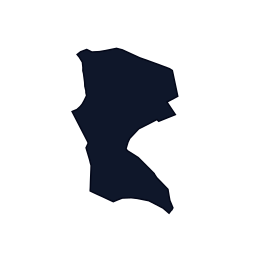 outline of Ekiti South-West, Ekiti, Nigeria, rotated 130°
{"feature_id": "59680162B46774046834533", "entity_name": "Ekiti South-West", "entity_type": "district", "adm_level": 2, "iso_a3": "NGA", "parent_name": "Nigeria", "parent_adm1": "Ekiti", "projection": "equal_earth", "projection_center": [5.068, 7.525], "detail": "fine", "context": "isolated", "style": "filled", "palette": "ink", "viewbox_px": 256, "rotation_deg": 130, "n_neighbors": 0, "source": "geoboundaries", "source_scale": "gbopen_adm2", "svg_char_len": 1202}
<svg xmlns="http://www.w3.org/2000/svg" viewBox="0 0 256 256"><g transform="rotate(130 128 128)"><path d="M151.3,181.4L164.5,149.8L165.3,148.7L170.1,147.4L177.1,136.8L178.6,134.8L180.4,132.2L180.7,131.9L181.1,131.6L183.9,129.4L190.9,124.0L194.6,121.1L197.0,119.2L197.9,118.5L198.7,117.9L199.8,117.1L200.5,116.5L199.6,113.0L198.4,108.5L197.0,103.6L196.1,100.2L195.0,96.0L193.9,91.9L192.7,91.3L189.6,89.7L187.8,88.7L185.4,87.4L183.1,84.9L179.3,80.7L176.0,75.7L170.3,65.3L166.8,49.6L166.9,41.8L163.4,42.0L162.6,41.8L160.3,42.3L156.6,49.4L154.2,52.3L149.3,58.0L147.6,74.2L146.4,78.1L146.1,78.6L144.1,101.1L145.8,113.9L145.2,116.2L139.0,118.9L134.9,120.0L121.8,119.3L110.1,114.3L102.9,111.3L103.1,108.8L87.3,100.4L83.1,114.9L71.7,110.3L55.5,131.0L55.9,134.3L59.2,143.7L63.7,156.1L66.7,164.1L70.2,176.8L71.8,182.6L74.4,188.0L83.2,195.0L84.6,196.2L87.8,198.9L93.0,204.5L94.4,210.1L100.1,213.3L101.0,213.5L104.4,214.2L105.0,210.9L106.9,205.2L108.5,203.6L110.5,201.5L113.2,199.3L114.8,197.1L120.7,190.7L123.8,187.8L126.5,184.2L128.1,182.8L129.7,180.6L131.1,180.2L132.3,179.9L135.5,179.1L139.3,178.4L142.5,178.4L146.7,179.0L151.1,181.3L151.3,181.4Z" fill="#0f172a" stroke="#020617" stroke-width="1.5"/></g></svg>